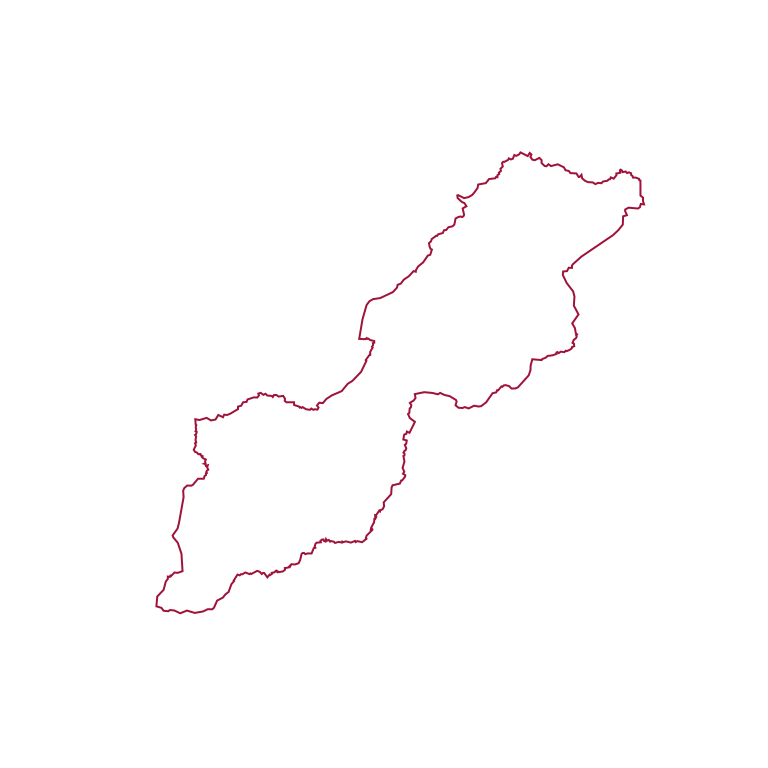 Si Samrong, Sukhothai, Thailand, rotated 301°
{"feature_id": "78962969B21904854514402", "entity_name": "Si Samrong", "entity_type": "district", "adm_level": 2, "iso_a3": "THA", "parent_name": "Thailand", "parent_adm1": "Sukhothai", "projection": "albers", "projection_center": [99.692, 17.177], "detail": "fine", "context": "isolated", "style": "outline", "palette": "rose", "viewbox_px": 768, "rotation_deg": 301, "n_neighbors": 0, "source": "geoboundaries", "source_scale": "gbopen_adm2", "svg_char_len": 6154}
<svg xmlns="http://www.w3.org/2000/svg" viewBox="0 0 768 768"><g transform="rotate(301 384 384)"><path d="M275.9,447.3L279.2,447.1L282.4,444.7L293.3,446.9L299.2,443.8L301.6,443.5L306.8,448.9L310.1,448.4L310.6,449.2L315.5,449.8L316.8,449.2L316.9,446.5L319.2,446.6L321.6,443.2L328.2,441.4L332.3,437.7L333.2,438.3L334.8,437.6L335.2,436.0L337.5,436.0L338.2,436.7L340.4,436.2L342.5,433.2L344.2,433.8L347.3,432.6L346.4,429.1L351.1,427.4L352.7,428.8L355.0,428.1L355.3,431.0L367.5,430.0L368.1,423.7L370.7,420.0L372.2,420.6L376.3,418.6L377.8,419.1L380.0,418.3L381.1,415.9L385.3,418.0L388.3,418.2L391.2,415.6L397.7,422.7L401.3,430.2L402.9,435.5L405.3,436.7L405.7,441.4L407.4,446.5L407.4,453.8L406.5,455.2L402.6,456.3L402.0,460.1L403.9,463.7L405.8,465.1L406.7,469.2L411.8,472.4L413.4,476.7L415.1,478.7L420.9,481.0L432.0,481.8L434.6,484.5L437.0,484.2L437.3,485.1L442.4,485.9L442.5,486.9L444.5,487.4L445.7,488.9L446.6,492.2L445.8,495.7L447.9,498.9L450.0,500.5L466.0,503.6L471.4,502.4L475.3,500.2L481.6,498.4L485.7,506.8L486.9,506.8L489.9,509.1L492.3,509.8L495.5,513.8L498.7,516.4L499.8,515.6L500.7,516.2L500.5,517.9L502.8,518.9L504.2,522.2L506.1,522.6L506.2,523.6L508.6,525.4L511.2,526.6L512.5,526.1L514.3,527.6L516.4,526.1L516.3,524.5L519.3,523.9L522.4,525.0L524.4,524.5L524.9,523.4L526.0,523.8L526.3,522.3L530.3,518.8L532.9,514.1L543.8,514.9L548.9,506.4L557.1,502.2L560.8,498.4L564.7,488.5L569.6,481.1L572.7,479.6L575.0,482.7L578.8,482.5L580.3,485.3L582.5,484.1L584.2,484.3L594.9,487.6L629.7,503.7L636.5,505.6L643.6,506.6L650.9,502.6L653.8,505.3L656.6,501.4L657.8,500.9L661.1,502.8L665.2,511.3L667.3,512.3L670.6,511.4L671.9,514.4L674.2,511.8L677.1,510.1L677.6,506.8L690.5,499.0L690.2,497.9L691.2,497.0L690.6,493.5L689.2,491.2L690.3,489.9L690.4,488.3L691.9,487.2L691.6,485.0L690.0,483.7L690.6,481.7L688.4,479.3L689.5,478.2L689.6,476.4L688.8,476.2L686.6,477.6L684.1,474.7L682.7,475.7L678.3,475.1L677.9,472.0L676.0,472.3L674.9,471.1L673.4,470.9L670.3,467.4L668.1,467.0L666.7,463.9L664.2,462.3L664.3,459.1L662.2,455.1L661.7,452.0L662.3,448.0L665.0,445.5L662.2,445.0L661.7,444.2L663.6,440.5L660.8,435.2L661.8,432.6L660.7,429.5L662.4,426.6L661.8,419.8L656.8,414.9L657.1,411.8L654.3,411.1L653.6,409.4L654.6,405.2L657.0,403.9L657.8,400.7L653.5,398.0L652.7,395.7L654.0,392.6L656.6,392.2L657.1,389.9L653.4,389.8L652.8,381.7L650.5,381.6L647.6,379.8L647.4,377.8L643.4,378.4L641.9,377.2L641.7,374.8L639.9,374.9L636.3,372.7L635.9,371.7L634.1,371.4L631.6,373.8L628.4,373.0L626.8,374.5L624.3,373.6L623.4,374.6L621.3,373.7L619.7,374.7L619.1,373.4L617.6,373.4L613.8,368.5L608.6,367.8L603.5,362.0L600.1,363.3L594.3,362.7L591.6,362.3L587.7,360.2L584.6,356.9L584.1,350.3L583.4,349.7L581.3,351.4L580.1,357.0L580.5,359.7L578.8,363.1L575.0,361.0L570.3,365.5L568.8,365.7L567.4,365.1L567.0,363.3L565.3,361.6L562.7,360.1L556.9,362.2L554.4,361.5L551.6,358.5L548.0,358.0L546.8,356.3L543.6,356.6L540.3,353.4L538.4,353.3L538.2,352.5L532.9,350.3L530.4,350.8L527.9,350.0L525.0,352.6L523.8,354.4L523.9,355.8L518.6,357.1L516.6,355.4L508.3,354.9L502.4,352.7L498.1,352.7L496.6,353.4L496.0,351.2L489.2,349.8L483.6,347.2L478.7,346.7L476.0,344.6L473.4,345.5L467.4,344.3L455.6,336.4L451.2,331.0L447.5,328.9L442.8,328.4L428.5,332.2L409.9,339.5L412.7,344.8L414.4,345.5L413.9,346.2L414.8,347.2L414.6,349.7L415.8,353.5L414.4,354.4L413.3,353.4L411.8,354.6L409.8,354.5L409.4,355.5L404.5,355.6L401.9,357.2L401.6,356.6L395.1,356.0L394.8,357.0L382.5,358.1L370.4,355.3L365.5,352.8L356.1,351.4L347.5,345.2L341.5,342.3L336.1,341.4L334.6,338.1L331.1,337.6L330.1,340.0L327.7,340.1L326.8,337.8L325.5,336.8L325.5,334.3L323.8,333.9L322.2,330.2L322.3,326.2L321.1,325.7L321.2,324.4L320.4,323.9L320.9,322.6L319.7,317.8L322.0,316.3L318.1,309.8L318.4,307.6L320.3,306.8L321.9,303.7L319.0,300.2L319.1,297.4L317.9,295.4L315.6,295.4L316.0,294.1L314.0,289.8L314.6,287.5L312.6,286.2L312.9,282.8L311.0,281.2L309.9,282.7L307.1,282.3L305.5,279.3L300.5,275.0L297.9,275.4L295.7,272.6L291.9,272.8L289.4,270.5L287.3,271.8L279.0,267.3L276.6,265.4L275.4,262.8L272.6,263.1L272.1,257.9L266.8,257.9L263.7,254.5L263.6,249.4L258.1,244.4L256.6,240.4L252.2,243.5L252.1,244.3L250.0,244.8L247.9,246.7L246.4,246.8L246.4,248.2L244.1,248.8L243.0,248.3L242.3,250.0L239.0,251.2L237.1,253.2L235.9,252.5L234.5,254.3L229.6,254.8L228.5,257.0L228.9,259.1L228.2,261.0L229.4,262.7L228.7,263.3L228.7,265.6L227.7,265.3L227.2,267.2L227.5,270.2L225.6,270.4L224.2,271.8L223.1,271.0L223.4,272.2L222.1,273.4L223.6,274.8L221.6,275.2L220.0,277.5L218.3,276.8L217.1,277.0L216.5,278.0L215.7,277.4L214.2,278.3L212.8,277.6L210.0,278.3L207.0,273.4L199.2,272.1L197.7,271.3L195.6,267.6L191.9,266.4L189.1,266.8L183.8,270.5L159.1,279.9L153.7,281.5L145.4,280.8L144.0,282.4L141.7,289.0L134.2,297.8L119.8,307.7L115.9,304.5L114.5,301.5L109.4,300.3L109.6,299.6L108.3,299.6L107.6,297.9L105.6,299.1L102.3,298.7L94.1,301.1L85.1,299.1L76.2,303.4L77.5,308.5L76.1,311.8L78.1,316.1L80.0,316.9L81.9,321.0L82.5,327.4L88.3,331.8L90.3,339.7L95.9,346.1L100.2,348.9L102.4,352.8L104.7,353.5L112.4,352.5L117.9,355.9L122.0,356.4L125.6,357.9L133.8,356.3L137.9,357.0L138.1,356.4L145.2,356.6L145.7,358.9L147.4,359.4L147.9,360.6L151.0,362.2L151.8,366.7L152.8,367.0L152.8,368.1L158.6,371.6L159.0,374.3L158.2,377.1L159.8,377.6L160.3,378.6L158.2,383.6L161.6,384.1L161.5,384.8L163.8,385.8L164.4,385.1L166.2,387.1L168.3,387.5L168.7,388.1L168.0,388.7L168.6,389.4L168.0,390.0L171.3,393.9L173.9,394.8L175.2,393.8L177.3,396.4L179.5,396.9L179.1,397.5L181.8,397.4L183.5,400.7L186.4,403.1L189.9,402.8L195.8,400.9L197.1,401.2L198.0,402.5L197.6,404.2L199.4,405.7L201.4,409.2L207.2,408.3L208.3,409.5L209.3,408.1L211.8,407.6L213.2,407.9L215.8,411.4L216.8,410.3L218.8,411.0L219.6,412.3L218.6,413.2L218.8,415.0L221.2,414.2L220.4,416.0L221.9,417.0L221.1,419.0L222.1,419.5L223.0,422.3L222.5,423.8L225.3,426.5L226.4,429.6L227.3,429.4L227.1,430.2L229.5,432.4L231.0,437.3L234.6,440.0L233.9,441.1L235.6,442.1L237.1,446.7L242.3,448.7L242.7,447.7L245.2,447.2L252.3,449.0L252.1,447.7L253.6,447.3L253.9,447.9L254.3,447.0L260.1,446.7L260.6,447.4L260.4,446.7L263.5,445.2L263.8,446.0L265.9,445.8L265.6,444.9L267.1,443.9L267.4,444.8L273.0,445.1L272.7,446.2L274.0,445.9L275.9,447.3Z" fill="none" stroke="#9f1239" stroke-width="2"/></g></svg>